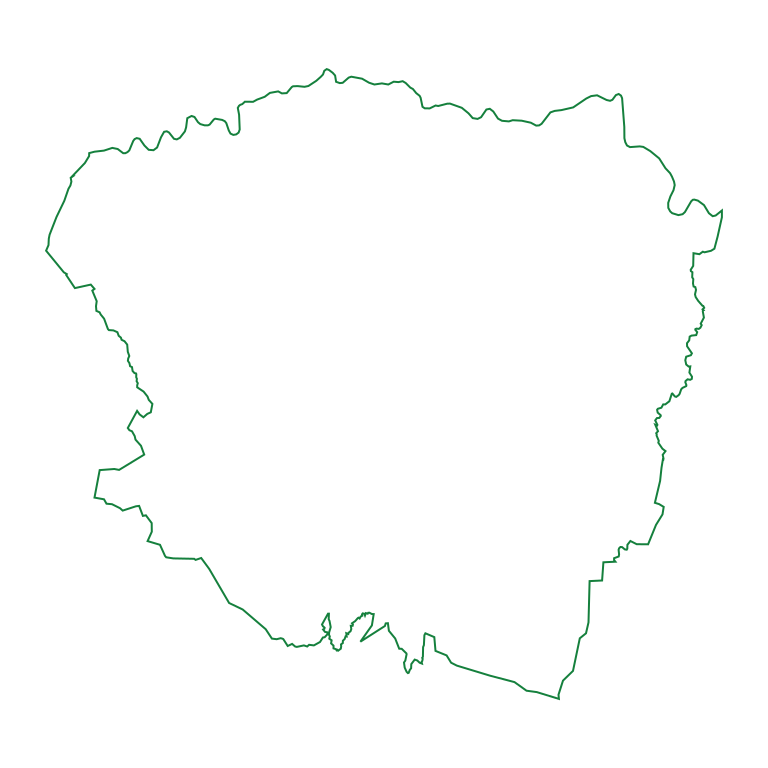 Zirándaro, Guerrero, Mexico (Equal Earth projection)
{"feature_id": "50627088B9136156022716", "entity_name": "Zirándaro", "entity_type": "district", "adm_level": 2, "iso_a3": "MEX", "parent_name": "Mexico", "parent_adm1": "Guerrero", "projection": "equal_earth", "projection_center": [-101.197, 18.328], "detail": "fine", "context": "isolated", "style": "outline", "palette": "green", "viewbox_px": 768, "rotation_deg": 0, "n_neighbors": 0, "source": "geoboundaries", "source_scale": "gbopen_adm2", "svg_char_len": 6052}
<svg xmlns="http://www.w3.org/2000/svg" viewBox="0 0 768 768"><path d="M265.7,629.2L271.9,638.6L276.7,639.2L280.7,638.2L282.5,638.7L283.3,639.1L287.7,646.0L292.1,643.9L295.1,646.5L296.8,646.9L303.9,645.4L307.2,646.5L309.1,644.8L313.9,645.4L320.0,642.0L322.9,637.5L324.7,637.2L327.5,634.2L327.2,632.3L325.0,631.9L323.1,629.5L324.4,628.7L324.6,627.7L322.9,626.2L322.0,624.5L328.0,613.7L328.9,613.7L328.7,619.2L329.5,620.9L330.7,627.1L329.1,632.5L329.0,634.8L329.8,636.4L329.3,638.7L331.6,640.3L331.1,643.4L333.5,645.6L333.5,648.4L336.0,649.2L336.6,650.3L337.3,649.8L338.1,650.7L340.8,648.7L341.2,646.3L341.0,644.4L342.8,643.1L342.9,640.7L344.6,639.1L345.6,636.3L346.7,636.5L346.3,633.2L348.3,634.0L348.6,632.7L350.5,631.3L351.3,629.0L350.8,625.8L352.6,625.8L352.9,624.5L352.0,623.3L355.2,621.1L357.8,618.1L358.5,617.7L359.6,618.5L360.7,616.5L362.3,615.7L362.0,614.4L362.7,613.4L364.3,613.7L365.0,615.5L365.9,613.1L367.7,613.7L368.2,612.8L369.4,612.7L371.8,614.0L373.7,614.1L371.9,625.4L360.4,641.7L384.9,626.0L385.7,623.4L387.9,623.2L388.9,630.8L395.2,638.5L399.2,648.7L401.7,648.8L406.4,653.4L406.6,654.2L405.3,660.6L404.0,662.5L404.7,667.6L406.6,671.8L407.9,673.1L408.7,672.8L409.8,669.9L411.1,668.3L411.3,664.1L414.7,659.6L417.3,660.5L419.6,662.7L422.0,663.6L421.6,661.9L422.3,660.9L422.7,658.8L422.2,657.9L422.9,656.8L423.1,647.1L423.9,645.1L424.4,635.2L425.4,633.3L434.3,637.1L435.5,650.9L446.6,655.4L451.1,662.7L456.8,665.6L490.1,675.7L514.5,682.1L526.5,690.7L536.8,692.1L558.9,698.9L558.5,694.7L563.0,680.6L573.0,670.9L579.8,638.3L586.0,633.3L588.5,622.4L589.6,581.1L602.1,580.5L603.4,562.3L615.4,561.7L614.1,560.1L614.1,558.2L618.7,556.5L619.1,554.4L618.6,549.8L619.1,548.3L620.4,547.0L622.1,547.1L624.8,549.4L626.7,549.7L627.3,548.7L627.4,544.8L630.4,541.0L636.7,544.2L648.1,544.3L656.0,524.9L662.5,514.4L663.7,506.9L659.1,504.1L654.9,502.8L660.1,480.9L661.5,467.8L662.9,459.4L663.3,459.6L663.5,458.6L662.7,454.8L665.5,451.1L662.4,448.7L658.3,442.7L658.8,440.9L656.6,435.6L656.7,434.3L656.2,433.2L658.0,431.2L655.3,424.8L657.0,425.6L657.4,424.9L655.2,420.4L656.9,418.1L659.3,417.9L660.8,415.9L660.6,415.1L657.7,412.6L657.1,409.8L657.8,408.8L661.4,407.7L663.2,404.4L665.3,404.4L669.4,401.2L671.8,393.7L672.4,393.5L674.8,396.4L676.2,396.9L678.6,395.2L679.6,393.9L681.2,389.3L682.5,387.9L686.2,386.1L686.4,385.1L685.3,382.2L685.6,381.0L687.6,379.3L690.2,379.8L691.8,378.9L692.0,376.7L689.4,372.6L690.3,366.4L688.7,366.6L686.2,364.5L685.3,360.2L686.2,356.7L690.9,355.2L691.9,353.3L687.1,346.3L687.0,343.2L689.2,340.4L689.7,336.6L691.5,335.6L696.2,335.1L697.2,332.1L695.3,329.8L695.4,329.1L696.5,328.6L698.8,328.9L700.4,327.7L701.7,325.1L700.7,323.7L703.9,317.6L702.8,311.4L702.9,310.4L703.5,310.2L702.6,309.3L704.2,307.8L703.3,306.0L702.4,305.7L698.2,300.9L695.7,297.1L695.0,294.4L696.0,289.9L695.3,287.1L693.6,286.5L693.0,283.5L693.3,279.1L692.2,277.3L692.4,272.2L690.9,271.1L690.7,269.8L693.2,265.9L693.5,253.2L699.4,254.2L702.8,251.7L704.5,252.3L711.0,250.8L714.4,248.7L717.6,236.6L721.9,217.3L721.9,210.5L715.7,215.5L712.7,216.2L708.9,213.2L704.0,205.1L697.9,200.6L694.3,199.6L692.8,199.8L691.2,201.3L684.9,212.1L682.6,214.2L678.4,215.1L672.2,213.2L670.2,211.4L668.3,207.9L668.2,202.9L670.4,196.4L673.5,190.2L674.7,185.1L674.0,181.5L672.0,176.7L670.1,173.2L665.5,168.3L659.2,158.4L650.3,151.1L643.3,146.9L639.7,146.4L630.0,147.1L627.0,145.5L625.3,142.2L624.4,138.2L624.3,126.9L622.1,98.2L621.0,95.6L618.7,94.0L615.9,95.1L612.4,99.8L610.1,100.8L606.6,100.0L597.1,95.3L591.1,96.1L586.3,98.5L573.2,107.4L561.4,110.1L554.7,110.9L550.4,112.4L541.6,123.8L539.1,125.4L536.2,125.6L530.8,122.7L521.7,120.7L512.7,120.2L508.9,121.4L502.0,120.8L498.0,118.6L493.3,111.5L489.8,108.8L486.4,109.5L481.1,117.2L477.6,118.9L472.7,118.1L468.5,113.3L461.8,107.8L450.0,103.6L447.2,103.7L438.2,106.0L435.6,105.5L429.7,108.4L424.7,108.3L422.5,106.8L420.6,97.7L419.6,95.8L416.2,93.1L412.9,89.0L410.3,87.6L405.7,83.0L402.7,81.2L398.5,82.1L393.7,81.7L388.3,84.5L381.9,83.4L374.4,84.5L369.0,82.7L362.1,78.7L351.3,76.7L348.7,77.6L342.7,82.8L339.8,83.1L336.1,81.8L335.1,75.5L332.7,72.8L329.0,70.0L326.7,69.1L324.3,70.8L323.0,74.5L320.7,76.9L316.3,80.8L308.4,86.0L304.5,86.8L297.6,86.1L293.0,86.3L291.8,87.0L286.7,93.1L281.9,93.4L278.2,91.4L269.9,92.9L264.7,96.8L257.1,99.6L253.1,101.8L244.9,101.7L242.3,104.1L240.3,104.8L239.0,105.8L237.8,107.9L239.1,114.8L239.7,129.5L238.6,132.6L236.2,134.4L233.3,134.9L230.5,133.6L228.8,130.5L226.3,123.1L224.8,121.2L222.1,119.9L215.2,118.7L213.8,119.5L209.6,124.6L208.0,125.3L204.5,125.3L200.3,124.1L198.0,122.2L194.5,117.0L191.5,116.0L187.3,118.2L186.1,127.4L184.9,131.4L179.9,137.8L176.8,139.4L174.0,138.8L169.0,132.5L166.8,131.3L164.1,131.8L161.0,137.3L157.1,147.5L153.5,150.2L148.7,149.8L144.4,145.5L139.7,138.8L136.7,138.1L134.6,139.1L133.2,141.0L129.3,150.4L127.5,152.1L125.3,153.2L123.2,153.2L117.7,149.0L112.3,147.9L104.0,150.6L94.5,151.7L89.2,153.1L89.1,156.1L84.9,163.0L72.5,176.0L73.1,176.1L70.7,177.8L71.4,181.6L70.4,185.5L68.5,188.7L64.3,200.8L56.5,217.0L49.6,234.7L48.8,238.7L48.5,245.1L46.1,250.7L63.8,272.3L66.8,274.1L66.2,275.0L74.9,288.1L90.8,284.6L94.5,288.9L92.3,290.6L96.7,301.2L96.0,306.2L96.4,310.9L99.6,312.3L100.7,314.5L104.1,318.7L107.9,329.0L108.9,330.1L113.4,330.4L117.4,332.2L118.7,335.8L120.9,337.6L121.6,339.8L124.5,341.2L127.2,344.6L127.8,351.8L129.3,356.0L128.2,358.5L127.9,360.8L129.4,363.1L130.1,366.2L132.0,367.1L132.6,371.0L134.5,373.1L136.0,373.4L136.3,374.1L136.2,377.2L136.9,378.8L136.6,381.2L137.8,383.2L137.2,385.2L137.2,387.3L143.6,391.6L147.5,396.5L148.8,399.9L152.4,403.9L150.8,412.3L147.3,413.9L143.4,417.3L139.6,414.4L137.1,410.9L127.8,428.0L129.4,430.2L132.0,431.3L134.7,436.1L135.5,439.6L141.0,445.8L144.2,454.6L119.1,469.9L114.3,469.0L99.7,470.1L94.5,497.6L104.0,499.3L106.5,503.7L112.0,504.2L120.0,508.2L122.7,510.6L135.9,506.3L139.1,505.9L142.9,515.9L145.9,515.3L151.7,523.1L151.8,531.7L147.6,541.1L160.0,544.8L165.0,555.9L166.2,557.3L173.3,558.4L194.2,558.8L195.6,559.9L201.2,558.0L209.2,568.9L229.1,603.0L242.7,609.5L265.7,629.2Z" fill="none" stroke="#15803d" stroke-width="2"/></svg>